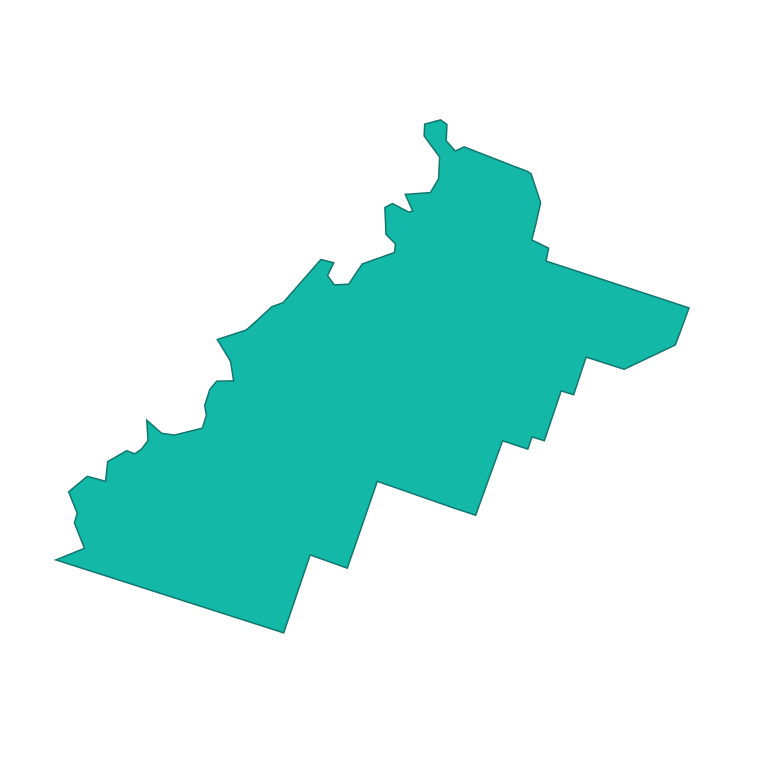 the district of Talladega, Alabama, United States of America, rotated 18°
{"feature_id": "52423323B97110600833834", "entity_name": "Talladega", "entity_type": "district", "adm_level": 2, "iso_a3": "USA", "parent_name": "United States of America", "parent_adm1": "Alabama", "projection": "orthographic", "projection_center": [-86.194, 33.401], "detail": "fine", "context": "isolated", "style": "filled", "palette": "teal", "viewbox_px": 768, "rotation_deg": 18, "n_neighbors": 0, "source": "geoboundaries", "source_scale": "gbopen_adm2", "svg_char_len": 1118}
<svg xmlns="http://www.w3.org/2000/svg" viewBox="0 0 768 768"><g transform="rotate(18 384 384)"><path d="M607.8,295.8L649.0,256.8L649.6,243.9L650.6,217.4L589.8,217.2L500.1,217.0L498.6,204.0L480.0,201.3L479.1,186.0L476.9,163.1L459.0,138.7L455.0,137.5L436.5,136.6L387.0,133.7L379.8,140.4L368.0,133.5L363.7,117.8L356.2,115.3L342.4,124.3L345.5,135.7L366.8,151.0L372.5,171.9L369.0,187.6L345.6,197.1L357.9,210.6L354.5,212.9L336.2,209.8L330.3,215.9L339.7,241.1L351.6,247.2L353.3,255.7L326.2,276.6L319.6,300.0L306.1,305.1L296.8,298.4L298.7,284.2L285.5,285.1L262.9,337.8L253.5,345.1L243.7,362.6L236.3,375.2L211.7,393.2L231.1,409.9L240.0,427.5L224.0,433.0L220.0,443.1L220.1,459.7L224.8,468.8L224.9,482.1L200.4,497.4L187.6,499.6L169.6,491.7L177.0,510.7L173.6,520.7L168.5,527.5L159.9,526.9L145.2,543.2L149.3,562.6L130.3,563.5L117.4,584.0L132.2,601.7L132.5,611.8L149.9,632.8L126.3,652.7L365.5,651.7L366.6,569.4L406.0,570.5L407.7,478.7L420.8,478.9L488.1,480.4L511.7,480.5L514.3,401.4L540.9,401.5L541.1,388.6L554.0,388.4L554.6,335.8L567.7,335.6L567.9,296.0L607.8,295.8Z" fill="#14b8a6" stroke="#0f766e" stroke-width="1.5"/></g></svg>